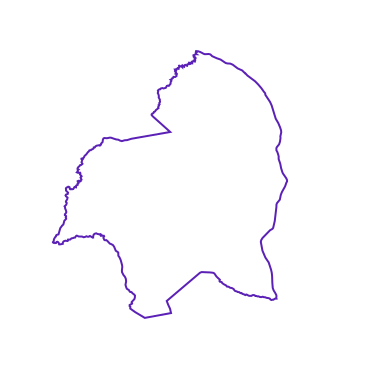 Mueda, Cabo Delgado, Mozambique, rotated 112°
{"feature_id": "85939544B28759712944697", "entity_name": "Mueda", "entity_type": "district", "adm_level": 2, "iso_a3": "MOZ", "parent_name": "Mozambique", "parent_adm1": "Cabo Delgado", "projection": "natural_earth1", "projection_center": [39.255, -11.566], "detail": "fine", "context": "isolated", "style": "outline", "palette": "violet", "viewbox_px": 384, "rotation_deg": 112, "n_neighbors": 0, "source": "geoboundaries", "source_scale": "gbopen_adm2", "svg_char_len": 6013}
<svg xmlns="http://www.w3.org/2000/svg" viewBox="0 0 384 384"><g transform="rotate(112 192 192)"><path d="M59.8,241.0L60.6,240.9L60.9,240.1L61.8,240.6L62.4,240.3L62.6,239.5L63.0,240.5L64.1,240.9L64.2,241.4L64.7,241.9L66.1,241.0L66.1,240.6L65.8,240.0L66.2,239.0L66.6,238.8L67.5,239.5L67.9,239.3L68.4,238.4L70.0,238.2L70.1,238.9L69.7,239.7L69.8,239.9L70.5,239.9L71.1,240.3L71.2,240.9L71.8,241.1L72.1,240.2L72.6,240.0L72.9,241.4L73.8,241.4L73.9,241.7L73.0,242.1L73.1,242.7L73.4,242.8L73.9,242.4L74.4,242.5L74.4,242.8L74.0,243.3L75.0,243.4L75.5,244.1L76.8,243.8L76.9,244.3L76.6,245.7L77.2,246.4L78.3,247.0L78.4,246.3L78.9,246.2L79.0,247.5L78.3,248.5L78.8,248.7L79.8,248.1L79.5,248.9L79.8,250.2L79.6,251.0L79.8,251.3L80.4,250.9L80.5,250.4L81.6,250.6L82.1,251.3L82.9,250.7L83.1,251.1L82.8,251.8L84.0,252.5L84.7,253.6L85.2,252.6L85.7,253.2L86.2,253.2L86.7,252.6L86.7,251.8L87.5,251.3L88.0,251.6L88.3,251.6L88.0,250.7L88.2,250.2L88.8,250.2L89.2,250.4L90.2,249.8L91.6,250.6L92.2,252.3L93.3,252.3L94.0,253.0L94.9,253.0L95.9,253.9L96.1,253.2L96.6,252.7L97.9,253.0L99.7,252.4L101.2,253.0L101.8,252.9L102.3,253.3L102.5,254.4L103.1,255.1L105.2,255.3L106.6,257.1L106.7,258.3L107.7,259.7L108.7,260.0L108.9,260.6L109.8,261.3L110.8,261.6L111.4,261.0L113.1,260.8L114.1,259.6L115.6,258.6L116.8,258.3L118.4,256.4L119.3,256.1L120.1,255.5L120.8,255.4L121.8,255.7L122.9,254.9L123.9,255.5L124.3,255.0L126.0,255.2L126.7,254.5L129.7,256.2L131.1,256.4L132.1,257.3L132.8,257.2L133.6,257.5L134.0,258.1L135.1,258.5L135.6,258.4L136.5,256.9L144.5,234.7L165.4,268.2L168.2,271.6L169.2,273.7L171.1,276.1L171.3,278.1L171.1,279.8L171.7,282.2L172.0,287.6L172.4,288.6L174.0,291.0L174.8,293.5L175.6,294.2L177.0,294.2L179.2,293.6L181.1,294.4L181.7,294.2L182.3,294.5L182.7,294.3L183.5,294.8L183.4,295.6L184.8,297.8L185.9,298.6L187.0,298.8L187.5,299.8L188.4,299.6L189.4,300.1L190.4,301.2L191.1,301.4L191.8,302.7L193.1,302.9L194.2,303.5L196.7,304.1L198.7,305.1L200.5,305.2L201.1,305.6L201.9,305.4L202.2,306.6L202.5,307.0L203.0,306.8L203.4,306.0L204.1,305.6L205.8,305.6L206.9,304.1L208.2,304.7L209.0,305.8L209.8,305.9L211.7,306.8L213.0,307.0L213.5,306.6L213.7,305.7L214.4,306.3L215.4,305.6L216.9,306.1L216.9,304.7L216.0,303.0L216.4,302.5L217.7,302.4L217.9,301.7L218.6,301.2L218.5,300.6L218.8,300.2L220.5,300.7L221.8,299.1L222.2,299.1L223.0,299.7L223.7,299.3L224.3,299.9L224.0,300.9L224.1,301.4L224.8,302.1L225.3,301.8L226.0,300.6L226.3,300.5L227.6,301.2L228.2,300.7L229.5,301.8L231.1,301.3L231.3,302.8L233.7,303.2L234.5,304.4L234.5,305.4L235.0,305.7L235.1,306.1L234.7,306.6L233.4,307.4L233.3,308.2L233.5,308.8L234.0,309.0L234.8,309.9L235.8,310.3L237.9,309.3L239.0,306.7L240.4,306.5L241.4,307.7L242.5,308.0L243.2,307.2L243.8,305.3L245.3,305.0L247.9,305.4L248.5,305.1L248.9,304.2L249.6,303.9L251.1,303.9L253.0,304.8L253.7,304.0L254.9,303.4L255.8,302.4L257.6,301.0L258.8,301.0L260.2,301.5L260.7,301.4L261.1,301.2L261.3,300.0L261.7,299.6L263.0,299.5L263.4,298.9L264.0,298.6L266.5,299.6L270.3,299.1L271.7,299.8L274.9,300.6L281.3,299.9L282.4,301.3L283.1,301.7L284.2,301.5L285.2,302.0L287.6,302.3L289.3,301.8L290.6,302.2L290.8,302.1L291.0,301.2L290.7,300.8L290.7,299.9L290.3,299.1L290.1,298.9L289.1,298.9L288.6,298.3L288.6,297.5L289.2,296.4L290.3,295.6L290.1,294.9L288.9,293.0L288.4,292.4L288.1,292.7L286.9,292.8L285.8,292.5L284.6,291.2L284.1,289.1L283.6,288.8L282.6,289.1L281.8,287.2L280.2,286.4L279.1,284.8L278.4,284.2L278.1,283.4L276.3,283.0L275.7,282.6L275.6,282.1L275.7,280.4L274.5,277.3L274.5,275.4L273.6,274.2L272.6,273.3L272.6,272.2L272.1,270.9L271.3,270.5L271.0,270.1L271.5,266.9L271.3,266.6L271.1,266.7L271.1,267.1L270.5,266.9L269.0,267.2L268.1,267.1L267.1,266.5L266.2,265.3L266.3,264.1L266.0,262.2L265.3,261.0L265.6,260.5L266.3,260.7L266.7,260.2L266.4,259.9L266.4,259.2L265.8,258.6L265.9,258.0L265.6,257.3L266.1,256.8L267.2,257.1L267.8,256.9L269.3,255.3L269.3,254.5L268.7,253.4L269.2,251.8L270.6,249.0L270.6,247.2L270.8,245.5L271.9,243.7L275.0,240.7L275.5,238.3L275.8,237.7L278.7,236.4L279.7,234.8L281.7,232.7L285.9,229.5L287.5,228.6L291.0,227.6L292.5,226.9L294.6,224.5L295.7,222.5L297.2,220.9L299.5,219.6L303.0,218.9L305.0,217.3L306.1,216.2L306.6,213.7L307.7,212.4L307.8,211.6L307.5,211.0L307.6,210.2L308.2,209.2L308.6,207.5L309.3,206.1L311.5,205.4L312.9,205.3L316.6,206.7L317.0,206.6L317.6,205.8L318.1,205.8L320.1,207.5L321.2,207.1L321.5,206.2L323.2,205.6L324.6,200.0L326.4,188.6L312.1,166.1L308.5,168.6L305.5,171.8L302.5,174.6L263.8,154.3L262.6,153.0L259.8,145.1L259.0,142.2L259.0,141.4L259.3,140.5L261.3,137.5L262.9,133.3L264.2,133.2L264.7,132.6L264.4,130.8L265.2,129.7L265.7,127.4L265.8,125.7L266.6,124.0L266.2,123.3L266.2,122.1L266.5,120.7L266.1,119.1L266.4,117.0L267.3,115.8L267.6,114.9L267.4,113.1L267.6,112.2L267.2,110.7L267.6,109.2L267.1,108.2L267.6,107.1L267.4,105.6L267.6,104.4L267.5,103.7L266.8,103.4L266.6,102.9L266.9,100.7L266.7,99.6L266.0,97.9L265.0,97.3L264.4,96.1L264.3,95.1L264.7,94.3L264.3,93.3L264.3,92.3L263.8,91.2L263.9,89.6L263.3,88.0L262.6,87.2L262.6,86.0L262.2,84.8L262.2,83.2L261.7,81.2L261.7,79.8L262.3,79.0L262.4,77.9L261.6,76.8L261.4,76.2L259.9,75.2L259.2,73.7L258.4,74.3L257.4,74.5L256.1,75.1L254.2,77.3L252.8,79.3L250.7,81.2L245.9,83.6L240.0,86.2L237.0,87.8L234.4,89.6L228.6,94.5L225.3,99.4L220.0,104.7L212.5,109.5L210.7,109.8L208.3,109.4L198.2,105.3L196.2,103.7L194.9,103.3L187.9,104.4L174.4,108.1L171.9,109.0L170.4,109.0L166.2,107.7L161.3,108.6L158.3,108.6L151.9,107.8L147.8,108.0L146.7,107.8L145.4,108.3L144.0,109.7L140.7,114.7L139.6,115.8L136.4,118.4L132.8,120.7L129.0,124.0L126.5,125.0L125.4,125.8L123.0,127.8L121.8,129.3L119.7,130.2L118.4,130.1L115.2,129.1L112.3,129.3L108.7,130.2L107.4,130.9L103.3,131.6L101.5,132.5L99.0,134.6L95.7,137.9L92.7,141.8L82.0,150.5L79.3,153.3L74.4,160.4L73.0,161.2L72.0,163.1L69.8,166.5L67.5,170.9L65.7,175.0L63.2,184.4L61.9,187.1L62.1,187.2L60.5,191.0L60.3,196.0L58.7,201.9L58.6,204.5L59.5,207.2L59.8,209.0L58.5,215.1L58.7,219.2L58.5,224.2L57.6,226.3L57.6,227.0L57.8,228.2L59.4,231.7L59.5,232.8L59.1,236.6L59.2,238.9L59.8,241.0Z" fill="none" stroke="#5b21b6" stroke-width="2"/></g></svg>